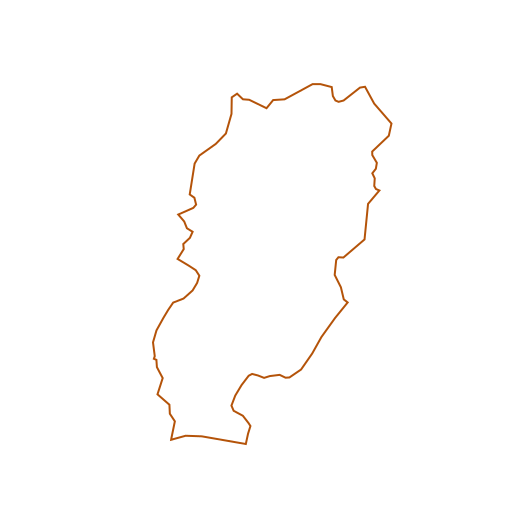 outline of Durham, rotated 121°
{"feature_id": "GBR-2029", "entity_name": "Durham", "entity_type": "Unitary Single-Tier County", "adm_level": 1, "iso_a3": "GBR", "parent_name": "United Kingdom", "parent_adm1": "", "projection": "equal_earth", "projection_center": [-1.775, 54.677], "detail": "fine", "context": "isolated", "style": "outline", "palette": "amber", "viewbox_px": 512, "rotation_deg": 121, "n_neighbors": 0, "source": "natural_earth", "source_scale": "10m", "svg_char_len": 1402}
<svg xmlns="http://www.w3.org/2000/svg" viewBox="0 0 512 512"><g transform="rotate(121 256 256)"><path d="M422.4,167.9L438.5,209.6L446.3,223.7L457.2,234.1L455.7,234.7L439.5,240.4L435.6,248.6L428.1,253.6L425.3,269.2L408.7,273.1L405.4,278.6L402.3,283.7L396.3,287.9L396.7,290.6L394.0,291.2L383.1,299.8L371.0,303.0L356.5,303.5L347.4,303.5L338.6,303.0L329.8,296.2L318.2,292.6L309.4,292.6L302.1,294.4L299.2,300.3L298.9,308.9L298.9,316.6L298.9,321.7L287.3,321.5L283.2,324.5L274.5,322.0L267.9,322.8L267.8,329.5L263.4,335.3L260.5,344.0L247.0,334.5L242.8,333.8L237.8,338.8L237.4,344.5L208.4,356.2L199.1,356.3L180.6,348.2L166.5,344.9L146.8,350.2L132.5,358.5L126.6,355.8L128.4,347.9L125.6,342.3L123.9,323.1L113.5,321.6L107.0,312.2L79.5,296.0L75.5,289.3L72.2,278.1L79.3,272.5L81.8,268.0L81.3,264.6L77.6,261.0L58.1,253.6L54.8,249.7L64.5,233.2L72.7,208.1L84.5,204.1L106.6,210.2L109.6,208.3L113.9,200.4L119.5,198.2L125.2,198.9L128.3,194.2L135.1,190.7L136.8,187.7L136.3,184.0L153.6,186.8L185.9,171.5L212.3,180.3L214.6,184.7L218.1,185.2L231.7,178.8L239.1,167.1L248.0,158.4L248.6,153.5L268.4,156.3L291.7,158.2L310.6,157.6L330.1,158.9L336.6,161.9L342.9,164.8L345.1,168.0L345.7,174.5L351.8,182.3L356.3,186.3L357.4,192.8L359.1,198.6L362.4,200.6L374.1,201.9L386.3,201.9L396.9,200.0L400.2,195.4L399.7,185.0L403.0,176.5L404.6,173.2L412.4,171.3L418.3,169.3L422.4,167.9Z" fill="none" stroke="#b45309" stroke-width="2"/></g></svg>